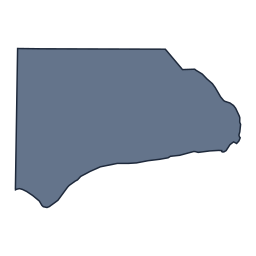 Hardin, Illinois, United States of America
{"feature_id": "52423323B71898238526095", "entity_name": "Hardin", "entity_type": "district", "adm_level": 2, "iso_a3": "USA", "parent_name": "United States of America", "parent_adm1": "Illinois", "projection": "orthographic", "projection_center": [-88.199, 37.501], "detail": "fine", "context": "isolated", "style": "filled", "palette": "slate", "viewbox_px": 256, "rotation_deg": 0, "n_neighbors": 0, "source": "geoboundaries", "source_scale": "gbopen_adm2", "svg_char_len": 960}
<svg xmlns="http://www.w3.org/2000/svg" viewBox="0 0 256 256"><path d="M17.6,48.5L15.4,188.9L15.5,189.8L16.7,189.2L19.4,188.6L22.4,189.4L26.7,191.5L32.8,195.6L39.3,201.0L41.9,205.4L43.3,206.7L47.0,207.5L49.5,206.5L51.4,205.0L51.5,205.0L57.9,200.3L67.6,187.1L69.2,185.4L75.2,181.1L77.5,179.9L80.7,176.4L90.1,171.4L100.4,166.8L117.3,163.4L128.3,163.4L136.5,162.9L148.0,160.7L159.6,159.3L168.1,157.8L170.4,156.3L179.7,155.3L193.7,151.5L195.3,151.6L198.2,152.4L210.0,150.9L218.7,150.4L221.7,150.6L221.7,151.4L222.2,151.9L223.9,151.9L226.1,150.6L230.0,144.6L233.6,141.9L236.1,143.2L236.6,143.5L238.8,141.1L240.0,138.4L240.1,137.5L239.6,137.2L238.9,135.1L239.8,131.9L240.6,124.5L240.6,124.4L239.7,122.2L239.8,117.8L239.3,116.1L235.7,108.4L233.6,105.6L230.0,103.0L224.8,101.3L223.6,100.5L220.6,96.9L215.2,87.6L212.4,83.7L206.9,78.9L202.3,74.1L195.9,70.2L194.7,69.2L182.5,69.6L165.3,49.2L41.0,48.8L17.6,48.5Z" fill="#64748b" stroke="#1e293b" stroke-width="1.5"/></svg>